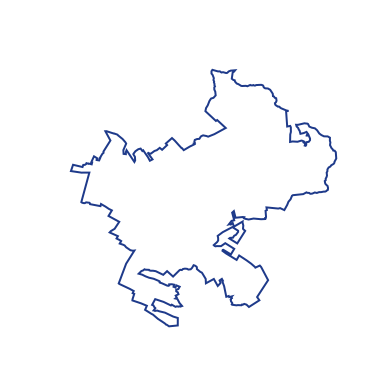 outline of Zorleni, Vaslui, Romania, rotated 300°
{"feature_id": "2599482B17229332090255", "entity_name": "Zorleni", "entity_type": "district", "adm_level": 2, "iso_a3": "ROU", "parent_name": "Romania", "parent_adm1": "Vaslui", "projection": "orthographic", "projection_center": [27.762, 46.269], "detail": "fine", "context": "isolated", "style": "outline", "palette": "blue", "viewbox_px": 384, "rotation_deg": 300, "n_neighbors": 0, "source": "geoboundaries", "source_scale": "gbopen_adm2", "svg_char_len": 6063}
<svg xmlns="http://www.w3.org/2000/svg" viewBox="0 0 384 384"><g transform="rotate(300 192 192)"><path d="M293.1,300.2L298.4,296.6L299.1,294.8L298.5,293.7L299.2,292.7L299.8,290.8L301.6,288.1L304.2,287.0L305.3,285.8L308.0,284.3L308.0,281.7L306.2,278.5L306.0,275.6L306.3,273.0L308.0,269.5L308.6,266.6L307.6,263.6L307.3,260.9L308.9,258.5L308.9,257.8L307.7,255.0L303.1,250.1L302.3,248.6L301.1,249.8L300.5,252.0L299.4,253.3L299.0,254.4L296.6,256.8L298.9,259.3L301.3,261.1L300.3,263.3L299.6,262.9L298.2,263.1L298.3,263.5L299.8,264.2L297.3,267.5L295.9,268.3L293.8,268.0L292.3,266.1L289.8,267.4L289.1,267.4L288.8,267.3L288.6,266.4L289.9,266.2L290.7,265.2L290.7,264.2L291.1,264.4L291.7,263.8L291.6,262.2L291.2,261.0L288.3,258.3L286.1,253.9L284.4,251.9L291.0,248.3L293.5,247.6L297.5,245.2L298.3,244.0L296.3,241.7L309.0,233.1L310.5,235.1L309.8,232.9L309.1,227.5L309.1,226.4L309.5,225.2L309.4,224.4L308.9,223.9L309.0,221.5L309.3,220.4L310.4,219.4L311.7,219.8L313.3,219.6L315.3,218.0L315.0,216.6L315.7,215.1L315.5,214.2L317.5,212.8L319.6,208.6L319.6,206.0L318.4,203.6L318.4,202.4L318.8,201.4L319.4,200.9L319.8,199.9L319.4,198.3L316.7,194.1L315.9,193.6L315.3,192.6L315.3,191.7L314.5,191.0L313.8,189.6L313.8,188.9L311.3,187.1L310.9,185.6L308.9,182.5L308.5,181.5L308.6,178.3L308.3,176.5L309.1,174.1L310.1,173.1L309.7,171.9L310.0,169.8L315.8,167.5L317.2,168.2L319.0,168.5L316.5,164.9L314.8,163.5L312.9,163.0L312.1,162.1L311.3,159.0L310.2,157.7L310.4,155.8L309.4,154.1L308.0,148.6L306.3,148.5L304.3,149.7L303.7,151.3L301.5,154.0L299.7,154.6L298.8,155.9L298.0,156.1L296.9,157.4L295.5,158.2L295.0,159.1L293.7,159.0L291.9,160.1L290.5,162.0L287.5,164.2L284.3,163.5L282.5,161.8L281.7,161.7L279.5,161.6L274.9,162.3L271.7,162.2L268.7,163.2L265.5,177.2L266.9,177.8L264.3,189.2L253.2,182.4L248.0,178.3L247.7,176.5L246.6,173.3L245.1,172.2L244.4,171.9L241.7,171.8L240.4,169.9L238.5,168.4L236.9,168.8L235.9,170.0L235.0,169.3L234.6,170.3L230.3,167.4L224.1,163.9L225.0,161.4L224.8,161.0L225.9,157.4L227.9,151.3L228.7,147.7L220.9,145.1L220.2,147.0L213.6,145.0L214.1,142.0L210.6,140.6L208.8,139.0L204.7,137.2L204.1,136.2L204.0,133.8L200.5,141.5L198.0,139.9L200.1,136.5L203.7,128.9L202.7,128.5L203.9,125.8L202.2,124.1L199.0,122.6L195.7,122.2L195.3,122.4L193.9,125.0L190.9,127.0L189.2,127.1L195.5,114.4L193.4,114.8L191.7,115.8L190.8,113.7L194.0,111.6L201.0,110.8L201.8,109.4L203.2,105.3L204.1,99.5L204.4,98.8L203.9,96.1L203.6,95.4L203.7,95.1L203.4,94.5L201.9,87.5L201.3,86.6L195.8,95.6L182.8,95.1L181.7,95.8L180.2,95.3L175.6,95.2L175.6,95.5L172.9,95.8L172.0,93.4L172.7,93.1L173.8,93.2L173.9,89.3L167.3,89.9L167.0,90.0L167.5,90.8L165.8,91.3L164.9,88.1L164.6,88.1L164.2,86.2L163.2,86.3L161.9,85.6L161.1,84.3L158.9,84.7L156.1,75.4L149.6,76.7L153.5,86.6L157.5,93.4L127.9,101.2L127.8,102.3L128.2,103.7L128.8,104.8L130.1,105.5L131.4,108.6L131.1,109.3L130.5,109.8L134.0,119.8L136.1,119.2L136.1,124.3L135.8,128.5L136.0,131.8L129.5,131.7L129.8,143.9L121.4,143.4L117.6,141.3L115.8,140.9L116.7,149.9L114.0,149.9L114.2,153.3L114.1,155.2L111.2,155.2L111.9,158.8L112.0,160.4L111.2,162.6L110.8,167.8L111.6,170.2L112.5,171.4L97.0,170.8L75.4,174.4L76.0,174.6L77.0,186.6L77.1,191.0L74.7,191.2L74.9,192.9L69.4,194.1L68.3,194.6L70.1,203.5L70.9,209.8L66.5,210.3L66.2,217.9L66.3,219.5L65.1,225.9L64.7,233.0L64.5,234.9L64.2,235.7L64.4,236.6L64.2,239.3L69.3,246.4L75.8,242.7L74.7,237.9L74.0,228.9L72.3,223.2L71.9,221.1L70.5,219.4L70.6,218.7L70.3,218.0L73.1,218.3L73.5,216.9L74.5,215.3L74.3,213.9L80.8,213.7L82.6,222.3L83.2,230.5L84.3,230.8L84.3,235.1L85.4,236.1L86.0,237.7L86.8,238.4L86.9,239.2L88.3,240.4L89.6,236.7L91.9,233.1L92.0,232.5L91.5,230.9L93.0,231.5L94.1,229.7L96.7,231.4L98.0,229.9L98.1,228.0L99.5,227.2L101.1,228.7L103.8,228.7L103.3,225.1L101.0,225.4L100.7,223.4L102.8,222.9L102.0,220.6L100.6,218.4L99.7,219.0L98.9,218.4L98.5,217.2L97.9,211.4L97.5,209.8L97.5,209.2L98.1,209.1L98.4,208.6L98.4,207.9L97.7,202.2L96.3,197.7L95.7,193.8L95.5,190.2L94.6,186.7L98.2,187.7L99.7,188.9L101.3,189.5L101.4,190.4L103.1,193.7L102.8,194.2L103.2,195.7L104.4,197.8L105.3,200.2L105.9,208.5L111.0,210.0L109.3,217.9L118.1,220.3L118.8,220.8L119.3,222.2L120.8,222.7L122.1,224.2L123.0,226.2L123.0,227.6L124.4,229.5L126.3,230.0L129.4,230.0L129.7,231.2L129.6,233.1L129.3,233.8L127.7,234.8L127.0,239.1L127.1,240.8L126.8,241.5L123.6,247.3L119.9,249.7L127.6,254.4L123.5,261.3L127.3,262.2L127.8,261.9L129.2,260.1L131.7,261.3L130.6,263.1L130.0,262.7L126.5,266.9L118.4,274.1L120.3,275.8L119.6,276.7L121.5,278.7L121.0,278.6L120.1,279.6L119.5,279.1L118.5,279.5L118.2,279.3L116.8,280.5L116.0,282.3L115.4,282.8L114.6,282.6L114.4,283.1L116.1,287.2L117.0,288.3L118.6,291.4L119.6,291.6L119.7,292.3L121.2,293.2L121.7,295.5L120.9,298.8L131.9,304.5L133.6,300.9L153.7,302.0L161.6,289.4L162.2,287.5L158.2,284.7L158.5,284.2L159.5,279.1L160.1,273.4L160.6,264.6L155.5,264.6L155.8,252.2L156.3,247.8L157.2,247.6L157.6,248.0L157.4,256.9L163.9,257.0L164.3,246.4L159.6,244.2L157.6,240.6L156.7,239.5L156.6,238.5L156.9,237.4L161.2,238.8L163.1,238.9L165.3,237.6L166.8,236.2L172.6,238.7L181.8,244.5L181.5,251.3L180.5,251.9L176.9,251.5L175.2,250.4L172.9,250.3L171.3,247.9L170.4,247.5L170.1,256.9L184.9,257.5L185.5,254.8L185.9,254.4L188.6,253.2L191.0,250.9L191.7,250.6L183.4,245.9L183.2,245.6L183.9,244.6L185.5,242.7L183.2,241.9L182.9,240.6L182.4,240.1L186.8,240.7L188.6,242.7L194.2,237.1L196.4,237.8L191.5,242.6L195.8,248.6L195.6,248.9L196.3,249.9L195.3,250.2L195.4,251.5L196.5,254.8L199.8,258.6L203.0,265.5L205.2,268.9L206.0,268.4L206.3,268.9L207.4,268.6L212.5,265.1L213.8,265.9L215.9,264.2L220.8,275.0L222.1,276.4L222.5,281.0L228.4,280.9L231.9,280.4L234.9,281.0L238.7,280.5L239.7,281.0L245.8,289.4L248.9,291.3L248.9,292.1L249.8,294.0L249.6,295.2L249.8,295.7L250.8,297.0L253.0,298.6L253.6,300.6L255.4,302.1L256.3,303.7L258.3,306.0L258.8,307.0L260.0,307.9L261.1,308.1L261.8,308.6L263.5,307.8L265.0,306.4L265.6,303.8L266.3,302.8L267.9,301.5L269.1,301.9L270.4,301.1L271.9,301.1L273.7,300.7L276.2,298.9L277.6,298.9L279.3,298.0L281.6,298.1L283.2,299.1L284.7,299.2L287.2,300.6L288.4,300.7L289.5,300.3L293.1,300.2Z" fill="none" stroke="#1e3a8a" stroke-width="2"/></g></svg>